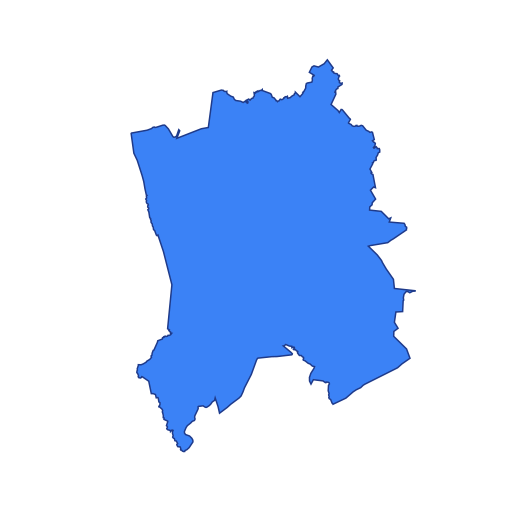 the district of Xichú, Guanajuato, Mexico, rotated 151°
{"feature_id": "50627088B76027952384475", "entity_name": "Xichú", "entity_type": "district", "adm_level": 2, "iso_a3": "MEX", "parent_name": "Mexico", "parent_adm1": "Guanajuato", "projection": "robinson", "projection_center": [-99.986, 21.356], "detail": "fine", "context": "isolated", "style": "filled", "palette": "blue", "viewbox_px": 512, "rotation_deg": 151, "n_neighbors": 0, "source": "geoboundaries", "source_scale": "gbopen_adm2", "svg_char_len": 6100}
<svg xmlns="http://www.w3.org/2000/svg" viewBox="0 0 512 512"><g transform="rotate(151 256 256)"><path d="M413.1,119.6L412.4,120.3L410.4,120.1L407.4,120.8L401.4,123.9L401.0,124.5L400.5,125.7L400.5,127.8L401.4,130.8L404.1,133.9L404.4,135.7L403.7,137.2L400.4,139.8L398.3,140.9L394.1,141.6L391.9,142.3L389.6,142.0L389.0,142.4L388.3,143.0L388.0,144.4L387.1,145.8L381.2,150.0L380.4,150.8L379.9,152.1L379.3,152.4L374.9,150.6L373.8,148.5L373.1,147.8L372.3,147.6L369.5,147.8L367.6,148.3L364.9,149.6L362.2,149.8L360.5,151.7L362.2,142.7L364.1,136.2L354.7,137.5L349.9,138.6L339.6,140.0L336.9,140.8L333.1,143.6L330.0,146.3L317.5,154.7L305.9,164.8L304.4,165.7L303.7,165.7L291.0,160.3L286.4,157.9L272.8,152.3L272.2,152.3L271.6,152.9L272.2,155.0L275.7,164.1L274.6,163.8L272.9,164.2L270.5,161.1L268.4,159.6L269.1,158.4L267.0,158.0L266.8,157.3L267.2,156.8L268.5,156.3L268.2,155.5L267.0,155.2L266.5,153.2L265.8,152.5L265.8,152.0L266.7,151.2L266.4,148.5L266.1,147.8L264.6,147.0L264.3,145.3L263.6,144.4L263.8,143.6L264.9,142.7L265.1,142.0L263.9,140.5L262.4,136.9L261.0,135.2L260.1,132.4L258.4,130.9L259.8,129.6L264.9,126.8L268.1,123.9L269.8,120.7L270.0,117.3L265.8,120.0L258.0,114.3L256.7,111.6L256.2,111.3L255.7,111.7L254.2,110.7L253.5,109.7L253.8,108.5L255.3,107.7L258.2,103.1L258.8,100.2L259.8,99.3L260.3,97.3L261.0,96.8L261.1,95.7L260.3,94.3L260.8,90.4L260.4,89.6L260.5,89.0L246.3,88.1L236.9,90.1L233.1,90.4L228.3,90.1L225.0,91.0L222.9,91.1L186.4,89.6L180.6,90.9L170.9,91.9L169.4,101.7L174.5,119.0L172.0,123.2L166.8,123.9L167.1,130.9L160.8,139.2L154.7,136.3L149.0,145.5L148.2,145.8L147.4,148.0L145.1,150.8L141.9,152.1L140.4,151.2L139.3,149.3L136.0,149.2L133.9,148.2L133.7,148.5L150.7,160.5L147.1,169.0L148.4,181.5L148.6,189.0L148.4,191.2L149.4,198.1L153.0,210.1L151.0,209.7L134.3,203.8L130.1,204.4L128.0,204.4L111.7,205.9L111.4,206.8L110.7,207.2L110.3,208.2L111.0,209.5L110.5,211.2L110.6,212.8L123.0,221.1L119.7,224.0L121.9,224.2L124.8,234.3L134.4,241.1L132.7,243.8L129.7,244.5L128.5,246.2L123.8,247.8L124.0,258.1L119.7,259.3L118.4,257.8L114.2,270.6L115.0,271.7L115.2,272.8L114.2,272.9L114.2,276.8L109.3,280.0L109.0,281.0L108.1,280.8L107.1,281.8L105.7,282.0L104.9,281.5L104.3,281.6L103.2,284.0L100.8,285.3L99.0,287.0L97.4,286.9L96.3,288.9L96.1,290.2L97.8,291.1L97.6,291.5L97.9,293.3L100.5,293.1L100.7,293.9L98.6,294.7L97.0,296.7L97.6,298.4L97.9,298.5L98.3,300.3L96.1,300.5L94.2,307.6L94.6,308.4L96.5,309.0L97.0,310.4L98.6,312.5L99.6,318.2L100.7,319.3L102.5,319.4L103.7,319.9L104.6,320.6L104.4,321.3L105.3,321.7L105.7,321.4L106.7,321.5L107.9,322.2L108.8,323.3L109.0,324.8L110.7,327.3L110.4,327.8L107.2,329.7L107.2,330.3L107.7,331.6L109.5,341.5L109.8,342.4L110.5,342.9L113.6,341.1L113.8,343.5L116.9,352.1L107.7,358.8L106.9,360.6L107.3,360.6L107.6,361.0L106.1,362.2L104.6,363.0L103.2,362.8L102.4,364.1L97.6,364.4L96.8,365.5L97.9,365.8L99.0,367.1L98.8,367.7L97.9,368.7L98.3,369.1L98.3,370.9L96.2,372.9L95.7,372.9L95.6,373.6L96.3,373.8L96.5,374.2L96.7,376.2L98.2,377.2L99.2,378.4L98.9,379.4L99.6,379.8L99.8,380.4L99.6,381.5L99.8,381.9L97.3,383.1L98.5,393.0L103.2,391.1L109.8,391.0L113.1,394.2L115.4,394.2L120.3,390.8L117.5,385.8L118.5,385.2L119.1,385.7L120.7,384.2L121.5,382.3L122.9,381.0L127.2,382.4L128.4,382.4L130.1,380.5L131.2,378.7L134.2,376.8L135.5,376.5L135.3,376.2L136.6,375.3L140.3,374.0L142.1,380.2L142.5,379.5L143.6,379.4L144.4,378.5L147.5,378.4L149.2,377.9L151.8,378.6L151.1,380.5L152.3,380.5L153.2,381.2L154.3,380.7L154.9,380.9L155.2,380.4L157.0,380.1L158.1,380.5L158.4,381.2L158.9,381.4L160.8,380.5L161.7,380.8L162.4,380.6L162.6,381.8L163.2,382.2L163.0,382.9L163.6,385.7L164.8,386.9L164.3,390.1L164.7,391.2L170.2,397.6L169.8,398.6L171.2,398.2L172.0,398.8L174.3,398.7L175.0,398.9L174.6,399.5L176.3,399.6L176.4,399.2L177.5,399.4L177.6,399.0L178.5,399.9L179.4,397.5L180.3,396.5L181.4,396.2L182.2,395.5L183.5,395.9L185.6,395.2L186.3,396.8L188.9,396.9L188.7,395.7L188.2,395.1L188.8,393.9L189.6,393.9L189.7,395.2L190.3,395.9L189.9,396.7L192.8,396.5L194.4,398.8L198.4,401.9L199.0,403.7L198.8,406.0L200.6,408.1L202.5,411.9L202.1,414.0L201.8,414.2L203.4,414.9L204.2,416.0L204.2,416.6L205.8,417.9L214.4,419.8L235.4,391.5L242.1,393.8L268.2,397.3L262.0,402.5L262.3,403.9L267.2,399.5L268.8,399.2L270.3,399.7L270.8,400.8L271.0,409.6L272.1,414.1L272.6,414.9L274.1,415.6L280.7,416.9L282.1,417.4L282.4,418.1L283.8,418.5L285.6,418.1L290.2,418.8L305.3,423.9L305.8,423.7L313.0,405.1L313.5,397.2L316.6,381.6L318.1,375.5L320.6,368.4L322.3,362.6L321.9,361.9L322.8,361.6L323.5,359.8L324.8,359.3L324.8,357.5L325.6,356.7L325.9,355.8L325.8,354.6L325.3,354.1L325.4,352.8L326.0,352.7L326.8,351.7L327.0,351.3L326.6,350.2L327.0,349.2L328.2,348.9L328.4,346.4L330.4,341.0L330.0,339.9L330.5,339.2L330.6,337.5L331.0,337.3L331.5,336.1L331.2,334.5L332.0,332.4L331.9,331.1L332.8,328.8L332.3,327.3L333.0,322.7L332.7,321.8L331.6,321.9L334.8,304.8L343.5,271.6L368.6,235.2L367.6,233.4L368.4,233.0L367.5,230.6L368.2,230.3L368.3,229.3L367.6,229.1L368.9,228.5L370.7,228.7L371.3,229.3L372.4,228.8L373.9,229.3L374.2,229.9L375.4,230.1L375.9,230.1L376.0,229.5L377.4,229.8L378.2,228.8L383.0,229.5L384.1,228.3L390.9,223.2L391.7,223.3L394.0,221.3L395.0,219.8L396.3,219.4L396.5,218.1L398.9,217.1L402.7,216.9L403.5,216.4L406.7,216.3L409.3,216.6L411.6,218.0L412.0,217.3L414.6,214.9L415.0,213.7L415.8,213.2L416.8,211.7L416.5,210.8L416.7,208.8L417.0,208.0L417.6,207.5L417.5,206.4L416.2,205.3L415.2,205.3L414.4,205.9L414.0,205.5L410.5,198.5L414.3,186.4L412.7,185.5L411.1,183.6L412.0,180.3L410.5,179.8L410.4,179.2L411.7,175.4L411.1,174.4L411.9,172.8L413.1,171.7L413.8,171.7L414.1,171.2L413.4,170.5L412.4,167.3L412.6,166.0L413.6,165.0L413.5,164.6L414.4,161.4L415.5,159.6L414.9,158.8L415.7,157.7L413.3,154.4L413.5,153.9L416.6,151.0L416.2,149.8L416.8,148.8L417.7,148.4L417.8,147.8L417.5,146.9L415.5,144.9L415.9,143.9L414.0,144.5L413.2,144.0L413.2,143.5L413.8,143.3L414.9,141.7L415.6,139.0L416.7,138.0L416.6,136.9L415.9,135.9L416.5,133.8L415.4,132.8L415.4,131.6L415.5,129.9L416.6,129.6L416.9,128.6L416.8,127.1L414.9,125.8L415.1,124.2L415.8,123.4L415.9,122.8L415.2,122.3L415.0,121.1L414.2,120.1L413.1,119.6Z" fill="#3b82f6" stroke="#1e3a8a" stroke-width="1.5"/></g></svg>